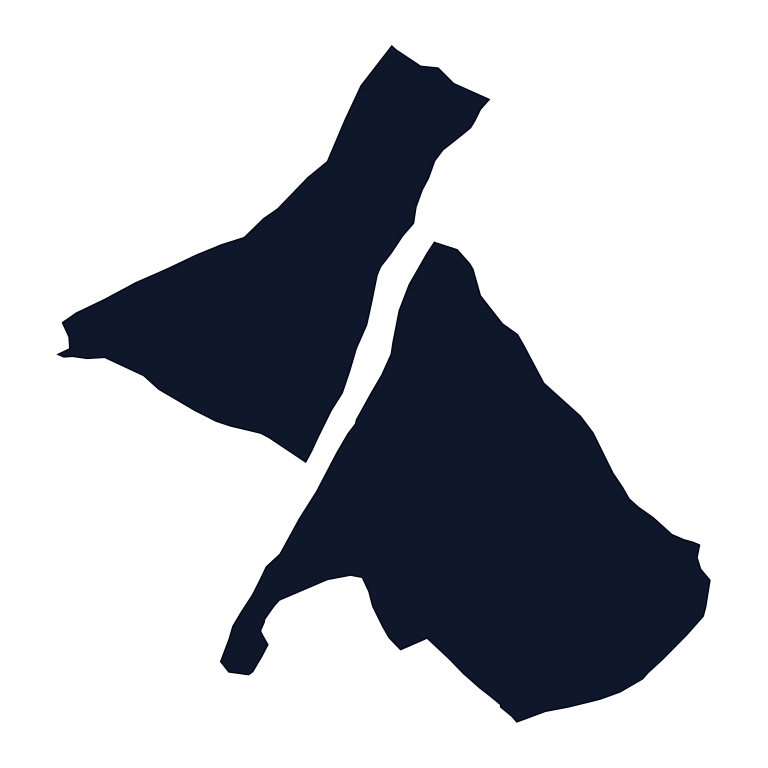 the district of Luxor, Qina, Egypt
{"feature_id": "37247803B96963536963151", "entity_name": "Luxor", "entity_type": "district", "adm_level": 2, "iso_a3": "EGY", "parent_name": "Egypt", "parent_adm1": "Qina", "projection": "mercator", "projection_center": [32.656, 25.722], "detail": "fine", "context": "isolated", "style": "filled", "palette": "ink", "viewbox_px": 768, "rotation_deg": 0, "n_neighbors": 0, "source": "geoboundaries", "source_scale": "gbopen_adm2", "svg_char_len": 2084}
<svg xmlns="http://www.w3.org/2000/svg" viewBox="0 0 768 768"><path d="M699.5,545.1L692.7,542.2L683.8,539.8L671.8,534.6L665.7,529.1L653.4,518.0L638.2,507.2L629.0,498.9L622.5,487.5L613.0,473.4L604.3,455.9L593.2,433.3L580.5,416.4L556.0,394.3L543.7,383.2L524.0,346.1L519.7,338.5L517.5,334.7L502.3,323.8L480.3,295.7L473.0,269.6L469.7,263.9L457.3,249.9L434.5,242.5L434.4,242.4L427.4,253.0L409.3,284.6L399.3,310.6L397.4,320.3L393.1,342.2L391.3,354.2L381.9,375.0L371.9,392.1L356.6,419.7L355.5,424.1L348.0,433.9L336.6,453.5L330.9,464.4L316.7,491.6L299.5,518.8L283.9,547.3L280.1,554.2L266.4,566.9L259.9,580.5L252.4,595.2L241.1,612.6L233.0,626.2L229.2,639.1L223.9,653.2L220.7,661.7L220.9,661.8L221.0,661.9L228.8,671.9L242.6,673.8L248.6,674.6L252.7,671.6L256.2,665.7L262.1,655.7L267.8,644.7L264.6,639.0L261.7,633.9L260.4,630.8L264.2,622.0L264.6,619.2L273.6,606.4L279.1,600.1L319.0,583.0L327.5,579.4L350.5,575.1L362.3,577.3L369.0,591.6L372.7,606.1L382.6,626.2L389.1,637.6L400.6,649.6L427.1,638.0L447.8,657.4L450.1,659.6L454.7,664.4L463.8,673.8L466.6,676.2L479.9,688.0L489.1,695.1L500.7,704.6L500.6,706.9L512.1,716.4L516.8,721.9L545.3,711.3L568.4,706.9L572.6,705.9L600.0,699.1L620.0,691.9L642.6,678.8L648.1,672.5L661.9,659.9L686.7,634.8L703.2,616.1L705.6,607.1L709.9,580.3L700.5,569.1L697.0,557.5L699.5,545.1ZM489.1,99.5L453.6,83.6L438.1,68.1L420.5,66.3L408.4,58.2L396.2,50.1L391.8,46.1L361.1,85.8L345.5,119.2L343.0,125.0L327.5,161.6L308.0,177.6L277.7,209.0L263.7,218.7L244.3,237.6L221.4,244.9L195.8,255.4L167.3,269.0L136.0,282.7L104.9,299.4L76.5,313.0L62.5,322.7L69.1,337.0L69.8,348.8L58.1,354.4L63.8,356.9L72.5,356.3L87.2,358.4L104.7,357.3L143.7,375.5L159.0,389.3L195.3,410.6L216.3,421.2L231.2,426.1L260.7,433.1L268.9,437.4L305.7,462.0L311.8,450.5L318.3,436.4L331.3,410.1L342.2,392.9L349.7,370.7L356.2,348.5L364.9,328.7L366.6,324.8L368.3,317.1L371.6,302.0L377.0,275.2L380.5,266.7L391.5,252.5L402.5,235.9L413.5,223.2L415.9,207.1L422.2,189.7L428.4,178.2L434.6,160.8L442.9,149.8L459.6,136.6L470.5,127.7L474.7,120.9L480.4,109.3L489.1,99.5Z" fill="#0f172a" stroke="#020617" stroke-width="1.5"/></svg>